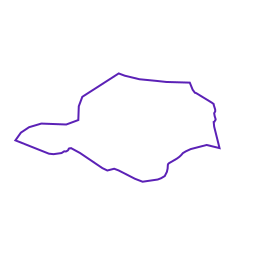 map outline of Saint Andrew (Natural Earth projection), rotated 303°
{"feature_id": "DMA-1432", "entity_name": "Saint Andrew", "entity_type": "Parish", "adm_level": 1, "iso_a3": "DMA", "parent_name": "Dominica", "parent_adm1": "", "projection": "natural_earth1", "projection_center": [-61.355, 15.539], "detail": "fine", "context": "isolated", "style": "outline", "palette": "violet", "viewbox_px": 256, "rotation_deg": 303, "n_neighbors": 0, "source": "natural_earth", "source_scale": "10m", "svg_char_len": 1124}
<svg xmlns="http://www.w3.org/2000/svg" viewBox="0 0 256 256"><g transform="rotate(303 128 128)"><path d="M56.3,40.3L65.8,40.7L74.8,44.6L84.5,52.9L97.3,74.3L107.6,82.0L119.4,74.9L129.3,72.7L168.7,90.5L170.1,96.8L175.1,111.0L183.0,126.2L187.5,135.1L199.7,155.1L195.3,161.4L194.0,164.9L194.4,166.2L194.9,185.1L194.7,186.9L194.4,187.1L193.9,187.5L191.1,190.9L190.2,191.6L189.8,191.9L189.3,192.1L189.0,192.1L187.7,192.2L187.4,192.2L187.1,192.4L185.1,194.3L183.7,196.0L183.1,196.7L182.5,197.0L182.2,197.0L181.7,196.9L181.4,196.9L180.8,197.0L180.6,197.1L180.3,197.0L180.0,196.8L179.7,196.6L176.1,199.5L161.0,215.7L156.6,203.2L144.5,192.1L139.9,189.2L136.8,187.7L134.4,187.4L131.9,186.8L129.0,185.7L120.7,181.5L119.7,181.3L118.8,181.5L115.6,183.3L112.4,184.5L107.7,185.0L103.9,183.1L101.0,181.0L90.9,169.5L89.2,161.5L87.3,143.2L86.3,138.6L81.1,133.8L80.4,128.3L80.9,101.3L80.1,91.2L79.7,91.0L79.1,90.0L78.9,89.8L78.6,89.7L78.4,89.6L78.1,89.7L77.8,89.7L77.5,89.8L76.8,89.8L76.3,89.7L74.9,89.0L74.6,88.8L74.3,88.4L73.9,87.6L73.7,87.2L70.8,85.9L65.5,79.8L63.4,75.7L56.3,40.3Z" fill="none" stroke="#5b21b6" stroke-width="2"/></g></svg>